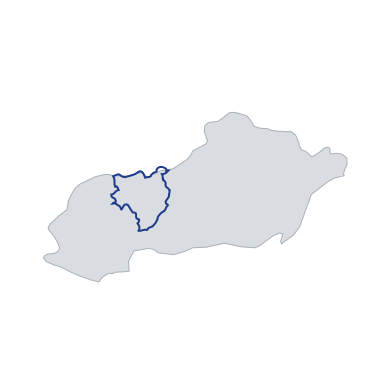 Dibër on a map of Albania (Equal Earth projection), rotated 259°
{"feature_id": "ALB-1526", "entity_name": "Dibër", "entity_type": "County", "adm_level": 1, "iso_a3": "ALB", "parent_name": "Albania", "parent_adm1": "", "projection": "equal_earth", "projection_center": [20.235, 41.61], "detail": "fine", "context": "in_parent", "style": "outline", "palette": "blue", "viewbox_px": 384, "rotation_deg": 259, "n_neighbors": 0, "source": "natural_earth", "source_scale": "10m", "svg_char_len": 3849}
<svg xmlns="http://www.w3.org/2000/svg" viewBox="0 0 384 384"><g transform="rotate(259 192 192)"><path d="M126.3,115.2L126.6,110.0L127.9,101.7L127.1,98.9L127.9,94.2L125.5,87.9L121.5,83.3L125.4,75.3L131.1,65.6L136.4,57.9L142.8,49.9L147.0,42.2L151.6,35.6L155.5,33.6L157.5,35.0L158.5,37.9L158.2,46.4L159.6,49.4L162.3,51.5L168.0,50.5L174.3,48.3L182.9,43.8L184.3,44.1L187.5,46.5L194.1,56.8L198.5,65.9L207.1,69.0L211.9,72.6L218.1,78.0L221.1,83.4L225.4,100.1L225.9,110.1L224.7,114.7L223.6,115.9L219.8,132.3L220.7,140.7L220.7,146.2L217.4,148.4L215.2,151.8L218.8,165.5L218.4,171.4L218.5,178.1L224.9,193.4L228.7,198.1L232.1,200.4L236.4,214.5L238.9,217.0L249.4,215.6L254.5,217.2L256.6,220.5L257.0,222.8L256.4,230.8L259.0,236.9L262.5,243.1L262.5,247.0L260.2,253.3L256.0,260.6L250.5,263.4L244.4,265.8L241.4,271.5L240.0,277.6L237.2,282.1L235.6,287.0L233.0,297.1L232.4,300.8L228.2,304.5L221.8,306.0L216.0,306.3L212.1,308.0L210.1,311.5L206.4,314.3L204.2,315.5L204.2,318.6L206.9,325.0L210.0,330.3L210.0,334.4L208.5,335.6L203.8,335.1L202.8,336.6L202.3,341.3L201.1,345.3L199.1,347.8L195.7,350.4L189.6,349.5L183.8,345.5L180.7,344.3L179.0,344.4L178.5,334.6L176.0,327.0L166.9,308.7L137.1,290.9L130.1,282.9L127.0,276.2L124.0,269.9L126.9,269.7L129.8,271.3L133.6,273.2L135.1,270.1L133.5,263.2L125.9,247.0L125.3,242.6L129.1,229.1L135.5,214.0L135.1,195.7L137.1,181.9L135.0,173.0L134.0,162.0L138.6,147.4L142.5,143.8L145.0,139.3L145.2,123.8L136.4,116.5L126.3,115.2Z" fill="#d9dde1" stroke="#a8b0b8" stroke-width="1"/><path d="M222.5,164.3L222.6,164.5L222.6,166.0L222.1,167.7L221.3,169.2L220.2,170.5L219.1,171.2L217.9,170.8L217.6,172.9L215.8,170.3L215.4,169.2L215.2,167.8L215.1,166.8L215.3,165.8L214.6,166.0L213.4,166.3L212.4,166.1L211.4,165.8L210.9,165.9L210.6,166.0L210.4,166.3L210.1,166.3L209.7,165.9L209.4,165.8L208.9,166.0L208.2,167.0L207.6,167.4L207.1,167.6L206.4,167.8L205.2,167.7L204.3,167.4L203.6,167.3L202.9,167.3L202.2,167.6L201.6,167.9L200.4,168.9L200.2,169.2L199.9,169.4L199.6,169.6L199.1,169.7L198.8,169.8L198.6,169.9L198.1,170.5L192.0,168.4L190.9,167.5L187.8,164.3L185.6,164.3L185.1,164.9L184.3,165.7L183.7,165.8L183.2,165.6L182.5,164.4L181.9,163.8L180.6,163.0L179.1,161.7L178.8,161.3L178.7,160.9L178.6,160.5L178.1,159.9L178.0,159.6L177.9,159.1L177.7,158.4L176.0,155.9L174.5,154.2L173.5,153.5L172.9,153.1L171.9,153.0L168.8,150.5L165.9,147.0L165.3,144.4L165.3,143.6L165.1,142.8L164.7,142.2L163.5,140.9L163.3,140.4L163.4,140.1L163.7,139.8L164.0,138.5L163.8,134.0L164.1,132.2L164.4,132.3L165.0,132.6L166.0,133.3L167.7,133.7L168.9,133.6L170.3,133.1L171.6,132.5L171.8,132.6L172.3,133.6L172.6,133.9L173.2,134.2L174.8,134.8L175.3,134.6L175.6,134.2L175.6,133.8L175.7,133.5L176.0,133.3L177.0,132.5L177.5,132.4L178.3,132.4L181.1,132.9L181.8,132.7L182.4,132.3L182.7,131.7L183.0,130.4L183.3,130.0L183.9,129.6L191.7,126.5L192.3,125.5L192.3,124.9L192.3,123.4L191.9,122.7L188.5,119.8L188.3,119.4L188.5,119.2L189.0,119.0L189.9,118.9L190.9,118.7L191.9,118.3L192.6,117.4L193.6,116.3L194.5,115.7L195.8,113.5L195.8,112.0L196.4,112.8L196.4,113.0L196.4,113.4L196.4,113.8L196.4,114.3L196.7,114.9L197.3,115.4L198.2,115.5L199.6,115.2L200.5,114.6L201.1,113.9L201.6,113.2L202.1,112.6L203.3,112.1L204.9,112.3L204.8,112.6L205.2,114.6L207.5,118.0L208.0,119.5L207.9,120.3L209.9,120.0L211.0,119.6L211.8,119.1L212.1,118.6L211.9,118.3L211.7,118.0L211.7,117.7L212.5,117.5L214.2,117.4L219.2,118.3L220.5,118.1L221.9,117.7L222.6,117.7L222.6,118.3L223.2,121.0L223.4,122.4L223.4,123.1L222.9,124.1L221.0,125.9L220.3,126.9L219.6,128.3L219.4,129.4L220.0,137.0L220.4,139.3L222.2,144.1L222.2,144.8L222.2,145.1L221.7,146.2L221.1,146.8L220.0,147.5L218.8,148.0L214.9,148.8L215.2,150.3L214.9,153.2L215.5,154.7L216.4,155.1L217.0,155.8L217.9,157.4L218.1,157.7L218.3,158.5L218.5,160.2L218.7,160.8L219.2,161.3L220.6,161.5L221.2,161.9L222.1,163.2L222.5,164.3Z" fill="none" stroke="#1e3a8a" stroke-width="2"/></g></svg>